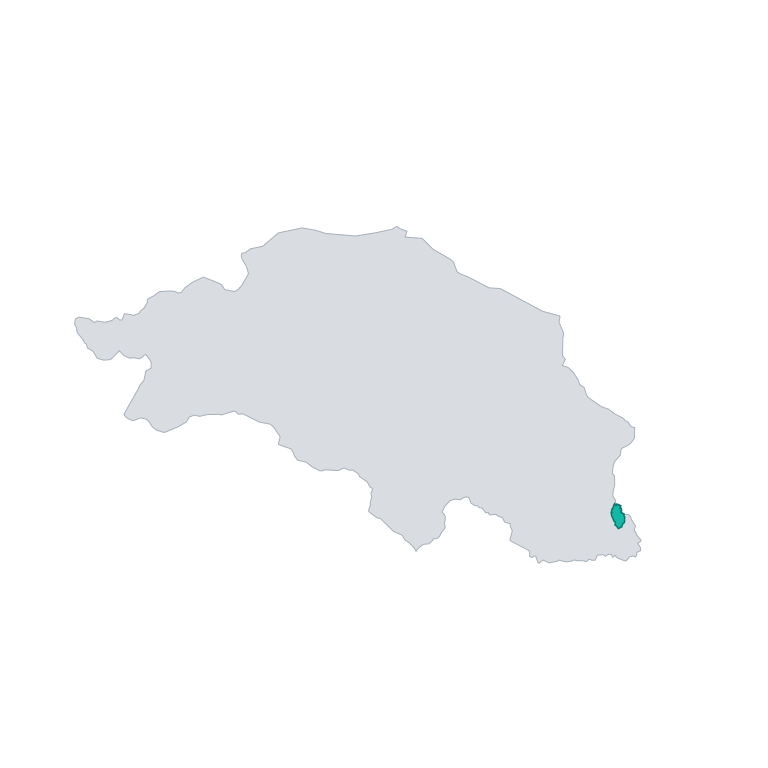 Altai, Bayan-Ölgiy, Mongolia shown in context, rotated 207°
{"feature_id": "93677404B43382334794440", "entity_name": "Altai", "entity_type": "district", "adm_level": 2, "iso_a3": "MNG", "parent_name": "Mongolia", "parent_adm1": "Bayan-Ölgiy", "projection": "orthographic", "projection_center": [89.76, 48.197], "detail": "fine", "context": "in_parent", "style": "filled", "palette": "teal", "viewbox_px": 768, "rotation_deg": 207, "n_neighbors": 0, "source": "geoboundaries", "source_scale": "gbopen_adm2", "svg_char_len": 5794}
<svg xmlns="http://www.w3.org/2000/svg" viewBox="0 0 768 768"><g transform="rotate(207 384 384)"><path d="M81.3,344.0L83.6,344.0L87.0,341.4L87.5,337.8L88.6,335.8L96.9,334.9L100.6,336.1L101.2,333.8L101.9,333.4L103.9,335.4L105.8,334.6L107.2,333.7L108.4,331.0L111.2,331.4L116.1,328.4L115.9,323.0L117.8,321.7L122.1,320.7L122.6,318.2L123.5,317.5L126.7,316.8L132.1,314.0L134.6,313.7L136.5,311.3L141.3,308.0L148.5,306.4L149.1,304.8L155.5,299.7L162.6,299.3L164.3,294.9L165.4,294.5L170.6,299.4L172.6,298.6L173.2,296.6L176.2,296.5L177.6,300.1L179.4,301.4L200.5,301.7L201.2,303.0L203.0,311.3L207.1,314.9L208.1,316.7L213.9,315.7L217.5,318.6L222.6,318.1L225.2,318.8L229.9,315.5L231.0,315.4L232.7,316.8L235.0,315.5L239.9,317.9L243.4,317.1L245.2,318.1L247.2,316.9L252.3,317.3L256.9,321.3L259.7,320.7L262.7,317.4L263.4,315.4L268.2,313.8L270.7,311.6L272.3,309.6L274.3,302.8L274.1,296.2L271.5,295.4L269.2,293.5L267.5,290.0L267.1,287.6L264.4,284.1L264.4,282.1L265.3,278.7L265.4,273.4L266.7,270.3L269.8,268.4L269.8,266.2L271.4,262.0L276.2,259.0L278.5,254.2L279.5,249.5L282.3,251.5L289.3,253.9L295.0,254.7L299.0,257.5L308.7,257.0L326.0,262.5L329.3,261.6L339.4,263.3L340.3,264.3L341.3,270.2L342.3,271.7L343.7,277.9L346.1,280.8L346.2,284.6L347.3,285.7L349.8,285.8L354.3,289.1L363.4,290.3L366.4,292.4L372.7,293.1L375.5,291.5L380.6,291.2L382.3,290.4L384.8,286.8L386.7,285.5L397.4,280.9L400.0,278.3L402.0,277.5L411.1,277.6L417.8,279.1L426.5,276.9L431.3,279.3L433.8,282.0L437.9,283.9L450.3,282.2L451.0,282.7L452.4,289.3L453.1,290.2L462.8,295.5L467.0,296.6L478.0,293.4L496.3,293.4L500.0,290.9L504.2,292.1L505.6,291.6L514.9,282.5L516.6,282.4L527.3,276.7L533.6,271.5L539.1,270.0L542.5,266.1L542.8,260.5L548.0,252.4L557.8,241.0L565.6,239.6L570.9,240.6L577.2,244.2L580.3,244.7L585.3,243.4L591.0,237.3L594.9,236.9L598.8,237.2L602.0,239.0L600.7,269.8L601.1,271.4L599.6,278.3L602.1,287.5L598.7,292.3L601.0,297.2L602.7,298.7L609.4,302.1L610.8,300.8L611.5,298.1L613.5,295.3L618.6,293.9L622.6,291.5L628.6,291.2L634.9,293.5L638.7,281.6L644.8,277.9L651.2,276.7L658.0,281.0L664.6,281.5L667.3,284.4L670.0,284.8L671.3,286.3L680.6,290.5L683.7,294.5L686.8,296.9L688.1,300.3L688.3,302.1L686.2,305.1L676.5,308.2L669.7,307.2L668.3,309.9L660.9,312.2L657.2,315.2L654.9,317.6L654.0,320.5L652.9,321.5L651.7,321.9L648.8,321.0L646.9,321.8L646.5,322.4L647.3,328.6L641.0,331.0L638.6,331.1L634.3,335.8L634.2,338.3L632.4,342.4L631.8,349.1L633.1,351.4L632.8,353.2L629.1,358.1L626.0,364.4L617.1,369.6L612.8,371.5L609.1,371.5L606.1,373.5L605.1,379.5L600.7,388.0L593.4,397.3L575.7,398.9L573.4,398.6L568.8,395.8L559.0,398.6L557.0,402.0L555.6,406.7L554.8,420.8L560.6,426.8L566.5,430.3L569.2,433.0L570.0,435.9L567.2,438.1L564.1,444.1L554.7,451.5L546.7,470.7L527.8,485.9L514.8,489.9L504.2,491.7L476.6,502.9L459.7,515.3L447.1,525.5L444.7,529.5L443.4,530.4L440.6,529.6L432.9,530.6L431.9,524.5L416.0,531.1L401.5,526.3L381.7,525.3L377.6,524.3L369.9,517.2L366.3,516.7L357.9,517.6L334.2,517.3L323.8,521.8L275.6,520.8L258.5,524.4L257.7,523.7L256.2,518.6L247.5,511.3L246.2,509.4L245.6,506.3L237.9,490.4L233.6,488.3L233.6,481.4L227.4,482.3L220.3,480.2L212.9,475.8L209.3,472.3L204.3,471.8L197.8,465.6L194.9,464.5L179.9,462.5L172.5,463.5L164.4,462.1L155.3,462.1L152.4,460.8L149.7,461.0L144.3,458.2L140.8,458.9L136.3,449.5L137.2,443.5L138.9,439.9L143.0,434.6L142.9,432.6L141.1,427.9L143.3,419.3L142.3,414.0L140.0,408.1L136.9,406.7L132.5,398.6L131.1,392.3L129.2,388.0L124.7,385.4L123.3,381.6L121.9,381.3L121.0,382.5L118.4,383.0L115.7,380.7L114.2,377.9L112.6,377.2L109.7,377.3L107.2,378.6L104.3,377.9L101.8,375.4L95.3,371.5L95.1,368.7L94.2,366.7L92.2,366.2L90.3,364.1L84.0,361.6L83.9,360.2L85.6,357.2L81.3,354.7L79.7,352.0L82.3,348.7L81.3,346.3L81.3,344.0Z" fill="#d9dde1" stroke="#a8b0b8" stroke-width="1"/><path d="M120.8,369.3L119.8,368.9L119.2,368.5L118.7,367.8L116.8,366.2L115.4,365.9L114.9,365.5L114.0,363.1L112.9,363.2L111.5,362.6L110.4,361.9L109.4,361.6L108.6,362.9L107.2,364.8L107.6,366.2L107.9,367.3L107.1,368.9L107.0,370.2L107.3,370.9L108.1,372.4L108.7,373.8L109.4,375.1L110.4,375.6L111.0,376.2L110.8,376.7L110.8,376.8L111.0,377.0L111.3,377.1L111.5,377.1L111.8,377.1L112.0,377.1L112.4,377.2L112.7,377.3L112.9,377.3L113.0,377.2L113.3,377.1L113.5,377.0L113.8,377.0L114.0,377.0L114.3,377.1L114.5,377.1L114.6,377.3L114.7,377.5L114.9,377.5L115.0,377.8L114.9,377.9L114.8,378.0L114.7,378.1L114.7,378.3L114.7,378.5L114.8,378.5L114.8,378.8L114.8,379.0L115.0,379.1L115.2,379.3L115.3,379.4L115.3,379.5L115.5,379.5L115.8,379.7L115.8,379.8L115.7,379.8L115.7,380.0L115.8,380.1L115.8,380.3L115.9,380.5L116.0,380.7L116.0,380.8L116.3,380.8L116.5,380.8L116.8,380.9L117.0,380.9L117.1,381.0L117.3,381.0L117.4,380.9L117.4,381.0L117.5,381.1L117.6,381.3L117.7,381.5L117.8,381.5L117.9,381.8L117.7,381.9L117.7,382.0L117.8,382.1L117.9,382.3L118.0,382.5L117.9,382.6L118.0,382.7L118.1,382.8L118.0,383.0L118.3,383.0L118.5,383.0L118.6,382.9L118.8,382.8L119.0,382.8L119.2,383.0L119.3,382.9L119.5,383.0L119.6,382.9L119.7,383.0L119.8,383.0L120.2,382.9L120.4,382.8L120.4,382.7L120.5,382.7L120.7,382.8L120.8,382.8L121.0,382.8L121.3,382.9L121.6,382.9L121.8,382.9L121.7,382.7L121.8,382.6L121.8,382.4L121.7,382.2L121.8,382.1L121.8,381.9L121.8,381.7L121.8,381.4L122.0,381.4L122.1,381.5L122.3,381.5L122.5,381.5L122.5,381.4L122.6,381.5L122.8,381.5L123.0,381.5L123.3,381.6L123.4,381.8L123.5,381.8L123.5,381.7L123.7,381.4L123.8,381.4L123.9,381.5L124.0,381.6L124.2,381.8L124.3,380.7L124.3,380.2L124.0,379.4L124.0,378.5L123.7,378.0L123.6,377.9L123.6,377.6L123.7,377.3L123.8,377.0L123.8,376.9L124.0,376.4L124.0,376.2L124.2,375.6L123.9,375.4L123.7,375.2L123.4,375.0L123.4,374.8L123.4,374.5L123.4,374.4L123.4,374.1L123.4,373.5L123.4,373.3L123.4,372.9L123.1,372.8L122.8,372.7L122.7,372.7L122.8,372.6L122.9,371.9L122.7,371.7L122.0,370.9L120.8,369.3Z" fill="#14b8a6" stroke="#0f766e" stroke-width="1.5"/></g></svg>